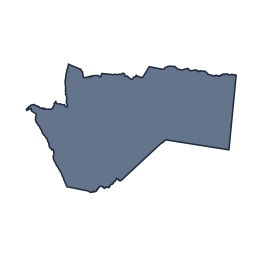 Kitui East, Eastern, Kenya, rotated 9°
{"feature_id": "3690345B42600282373755", "entity_name": "Kitui East", "entity_type": "district", "adm_level": 2, "iso_a3": "KEN", "parent_name": "Kenya", "parent_adm1": "Eastern", "projection": "albers", "projection_center": [38.352, -1.41], "detail": "fine", "context": "isolated", "style": "filled", "palette": "slate", "viewbox_px": 256, "rotation_deg": 9, "n_neighbors": 0, "source": "geoboundaries", "source_scale": "gbopen_adm2", "svg_char_len": 5612}
<svg xmlns="http://www.w3.org/2000/svg" viewBox="0 0 256 256"><g transform="rotate(9 128 128)"><path d="M226.6,59.1L226.4,59.2L225.8,59.0L225.3,59.0L225.1,58.6L224.2,58.9L223.9,58.7L223.6,58.9L223.2,59.1L222.9,59.0L222.5,58.7L222.0,58.7L221.3,59.1L221.1,59.5L220.5,59.8L220.1,59.8L219.2,59.4L218.8,59.5L218.4,59.4L217.7,59.0L217.4,59.4L217.0,59.2L216.7,59.5L216.1,59.6L215.8,59.5L215.4,59.7L215.1,59.6L215.0,59.9L214.8,59.9L214.0,59.8L213.6,60.2L213.6,59.9L213.3,59.9L213.0,60.2L213.0,60.4L212.8,60.5L212.2,60.5L212.1,60.9L211.9,61.0L211.4,61.8L211.2,61.8L210.9,61.7L210.7,61.9L210.6,62.3L210.1,62.6L209.8,62.1L209.3,62.2L208.9,62.6L208.5,62.4L208.0,62.5L207.3,62.1L206.9,62.0L206.5,62.1L206.4,62.2L206.5,62.4L206.5,62.7L206.2,62.7L206.0,62.9L205.4,63.0L204.7,62.8L203.9,63.3L203.3,63.2L202.9,62.8L202.3,63.0L202.0,62.8L201.2,62.7L200.8,62.7L200.3,62.6L199.8,62.7L198.9,62.3L198.4,62.4L197.7,61.4L196.5,60.8L195.8,59.9L195.3,59.8L194.5,60.0L193.3,60.0L192.4,60.3L191.7,60.2L191.4,60.3L191.0,60.1L190.2,60.2L189.7,60.7L189.4,60.8L189.2,61.2L188.6,61.4L188.2,61.2L188.3,60.7L187.5,60.4L186.4,60.5L186.2,60.0L186.0,59.9L185.1,60.2L184.8,60.5L184.2,60.4L182.9,61.2L182.3,61.3L181.9,61.5L181.4,61.4L180.6,61.5L179.9,61.5L179.5,61.2L179.1,60.6L178.8,60.5L178.0,59.9L177.6,59.8L171.8,62.4L169.3,62.0L167.8,62.0L164.7,60.0L164.2,59.8L162.5,60.2L160.7,60.2L158.8,60.5L157.6,60.9L157.2,61.4L155.1,62.5L154.6,63.7L154.1,64.2L153.3,64.6L139.4,64.1L135.0,74.7L134.7,74.9L134.5,75.5L134.0,76.1L133.6,76.1L132.7,75.9L132.3,75.9L131.5,75.6L131.0,75.7L130.4,75.5L130.1,75.5L129.5,75.3L129.1,75.1L128.7,75.1L128.0,74.6L127.7,74.7L127.6,75.4L127.9,76.0L127.1,76.4L126.8,76.7L125.9,76.7L125.3,77.3L125.2,77.8L125.2,78.3L125.0,78.8L124.2,79.2L123.8,79.3L123.4,79.1L122.6,79.1L121.4,78.2L120.4,77.9L120.2,77.6L119.8,77.4L119.5,76.8L118.7,76.8L118.2,76.9L117.4,77.4L116.8,77.1L116.5,76.4L116.2,75.1L115.2,74.7L114.8,74.8L113.7,74.9L112.8,76.3L112.0,76.2L111.2,76.0L109.2,77.0L108.5,77.0L107.2,76.9L106.6,76.9L105.9,77.4L104.9,77.6L93.7,78.2L93.4,79.5L93.0,79.7L93.3,80.9L93.1,81.3L92.9,81.8L92.0,81.9L91.8,81.9L91.4,81.5L91.1,81.3L90.8,80.9L89.7,80.9L89.0,81.1L88.3,81.1L87.0,81.3L86.5,81.5L85.6,82.0L85.0,82.0L83.6,82.3L83.2,82.9L83.1,83.1L83.5,83.5L83.3,83.6L82.5,83.3L82.0,83.3L81.7,83.1L80.9,83.6L79.0,84.4L78.7,84.8L76.7,85.1L76.2,85.0L76.1,84.4L75.5,83.8L75.4,82.9L75.1,82.4L74.8,81.4L74.5,80.9L74.6,80.5L74.4,79.8L73.9,79.3L73.2,79.1L72.3,77.5L71.9,77.3L71.7,77.3L71.1,77.1L70.9,77.1L70.7,77.3L70.2,77.0L59.2,74.3L59.2,76.6L58.6,81.3L58.6,82.6L58.4,83.3L58.6,84.8L58.3,86.3L58.5,87.3L58.5,87.6L58.7,88.6L58.5,90.2L58.5,91.7L58.9,93.3L59.2,95.0L59.7,96.1L59.8,96.8L60.1,98.2L60.1,98.9L60.5,100.2L60.3,100.8L60.8,102.3L61.1,104.7L61.8,104.9L61.9,105.1L62.2,106.5L62.5,107.0L62.8,108.1L62.9,111.1L63.3,112.7L63.5,113.1L63.7,113.4L63.9,114.2L64.5,114.7L64.5,115.0L64.7,115.5L64.7,116.1L64.5,116.5L64.5,116.8L63.7,116.4L62.7,116.4L61.8,115.6L61.5,114.8L60.7,115.2L59.4,115.5L59.2,115.5L58.8,115.1L57.4,114.7L56.6,115.1L56.3,115.1L54.4,115.0L53.6,114.9L53.4,114.5L52.7,114.0L52.6,113.1L52.2,113.1L51.8,114.6L51.4,115.3L51.1,115.6L51.1,115.8L51.5,116.2L51.5,117.1L51.0,118.2L50.8,118.9L50.6,119.1L50.8,119.7L50.7,120.0L50.2,120.3L50.1,120.6L49.8,120.7L49.3,121.1L49.3,121.4L48.8,121.9L48.3,121.7L46.9,121.7L46.6,121.7L45.3,122.1L44.3,122.2L43.6,122.1L43.4,122.4L42.8,122.5L42.9,122.2L42.4,122.0L42.2,122.0L42.2,121.8L41.9,122.0L41.6,121.7L41.0,122.2L40.6,122.1L39.7,121.5L39.1,121.9L38.2,122.2L37.9,122.1L36.7,120.8L36.5,120.7L35.5,120.8L35.0,120.5L34.5,120.3L33.8,120.6L33.6,120.5L32.8,120.2L32.2,119.6L31.8,119.4L28.5,120.6L28.2,121.3L27.7,121.7L26.8,122.2L26.6,122.5L26.6,123.3L26.5,123.5L25.7,124.0L24.9,125.0L25.0,125.5L25.6,125.9L25.5,126.2L25.1,126.3L25.3,126.5L25.5,126.5L25.9,126.3L27.0,125.1L28.0,124.6L28.9,123.8L29.4,124.1L29.5,125.4L30.1,126.3L31.8,127.1L33.3,127.6L35.3,128.9L35.4,129.3L35.4,130.6L35.0,131.4L35.0,132.1L35.3,132.9L35.2,134.0L35.9,135.8L36.6,136.9L37.9,138.1L38.4,138.8L39.6,139.9L40.2,140.2L41.1,141.8L41.8,142.1L42.3,143.3L43.1,144.1L43.3,144.8L44.0,145.7L44.4,146.7L45.0,147.4L47.1,148.8L47.8,149.7L48.2,150.0L48.4,150.5L49.2,151.0L49.8,151.5L50.9,154.0L52.0,155.0L52.1,155.6L52.3,156.2L52.7,157.5L53.6,159.4L54.2,160.0L55.6,160.6L56.0,161.6L56.8,161.5L57.5,160.9L58.1,162.1L58.4,163.5L58.9,164.7L59.1,165.9L58.5,167.5L58.5,167.9L58.9,168.8L59.0,169.6L59.6,170.9L60.6,172.5L60.9,172.7L62.6,174.9L63.2,176.2L64.2,176.9L69.3,183.1L70.5,185.5L71.4,186.5L72.1,187.6L72.4,188.5L76.9,195.6L97.9,196.4L100.9,197.4L101.3,197.3L101.5,197.3L103.0,196.9L103.3,196.7L103.3,196.2L104.0,196.0L104.2,196.3L104.5,196.4L105.2,196.3L105.5,195.9L107.0,194.9L107.1,194.5L106.8,194.2L107.0,193.5L107.6,193.1L107.8,193.0L108.1,192.3L108.3,192.2L108.6,191.0L108.9,190.3L109.9,189.8L110.4,189.9L110.7,190.0L111.3,189.8L111.5,189.8L111.9,190.2L112.2,189.9L112.6,189.9L113.5,190.4L113.7,190.6L113.6,191.1L113.8,191.3L114.2,191.3L114.3,191.1L115.2,190.4L115.6,190.4L115.9,189.9L116.1,190.0L116.4,189.8L116.3,189.6L116.7,189.5L116.9,189.3L117.6,189.6L117.8,189.9L118.3,190.0L118.5,189.6L119.0,189.2L118.8,189.0L119.1,188.7L119.0,188.1L119.6,187.1L119.6,186.7L119.8,186.5L120.1,186.2L120.5,186.3L121.1,186.1L121.6,185.5L122.0,185.3L122.2,185.1L122.1,184.6L122.3,184.0L122.2,183.6L122.9,182.9L123.7,182.7L123.8,182.2L124.1,181.6L124.4,180.7L124.5,179.7L125.1,179.8L125.4,179.7L126.0,179.8L126.1,180.0L126.1,180.4L126.6,180.9L127.5,181.1L127.9,181.5L128.1,181.5L129.0,181.2L129.8,180.6L130.2,179.9L162.7,138.4L163.9,137.4L164.4,137.2L167.0,133.8L231.1,133.8L226.6,59.1Z" fill="#64748b" stroke="#1e293b" stroke-width="1.5"/></g></svg>